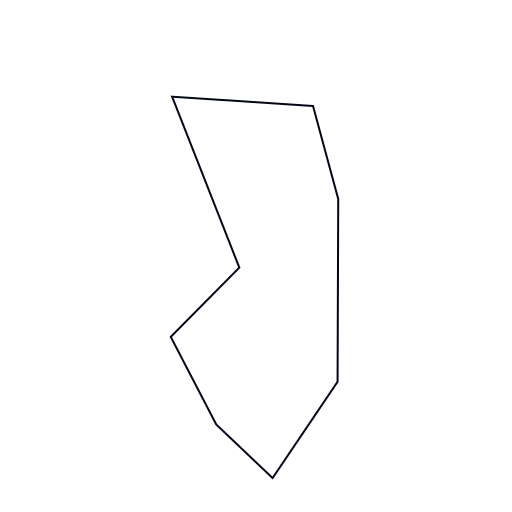 map outline of North Side (Equal Earth projection), rotated 137°
{"feature_id": "AIA-5119", "entity_name": "North Side", "entity_type": "District", "adm_level": 1, "iso_a3": "AIA", "parent_name": "Anguilla", "parent_adm1": "", "projection": "equal_earth", "projection_center": [-63.042, 18.253], "detail": "fine", "context": "isolated", "style": "outline", "palette": "ink", "viewbox_px": 512, "rotation_deg": 137, "n_neighbors": 0, "source": "natural_earth", "source_scale": "10m", "svg_char_len": 273}
<svg xmlns="http://www.w3.org/2000/svg" viewBox="0 0 512 512"><g transform="rotate(137 256 256)"><path d="M112.0,326.8L157.0,241.6L282.1,108.4L395.3,82.3L400.0,159.8L373.5,255.0L276.1,258.9L208.7,429.7L112.0,326.8Z" fill="none" stroke="#020617" stroke-width="2"/></g></svg>